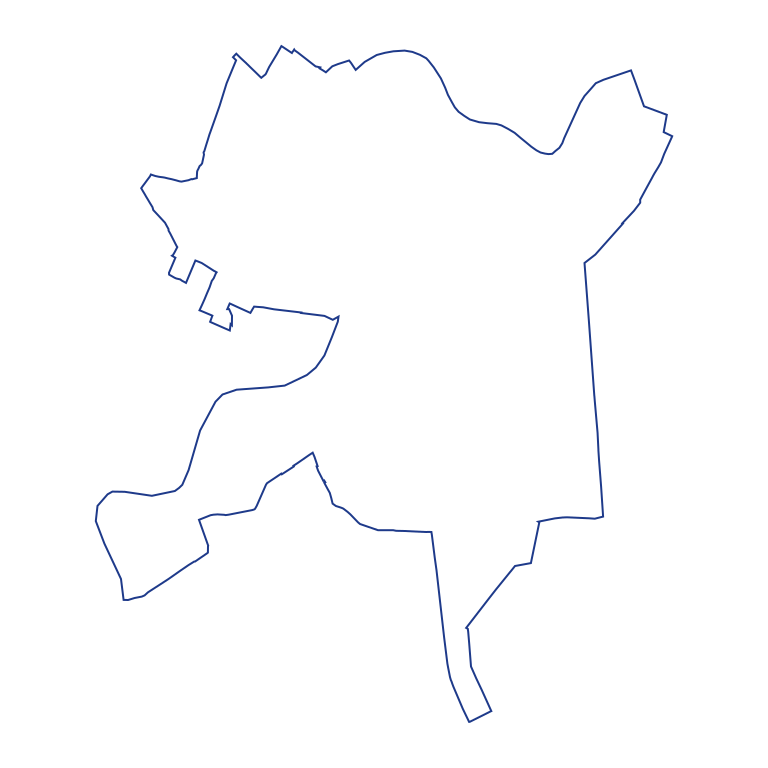 the district of Lubāna, Lubanas, Latvia
{"feature_id": "27541924B15535016955578", "entity_name": "Lubāna", "entity_type": "district", "adm_level": 2, "iso_a3": "LVA", "parent_name": "Latvia", "parent_adm1": "Lubanas", "projection": "albers", "projection_center": [26.715, 56.896], "detail": "fine", "context": "isolated", "style": "outline", "palette": "blue", "viewbox_px": 768, "rotation_deg": 0, "n_neighbors": 0, "source": "geoboundaries", "source_scale": "gbopen_adm2", "svg_char_len": 4659}
<svg xmlns="http://www.w3.org/2000/svg" viewBox="0 0 768 768"><path d="M123.6,599.9L128.1,600.0L134.6,598.0L141.8,596.6L144.6,595.4L148.0,592.3L168.2,579.2L180.9,570.3L188.5,565.1L194.3,561.5L195.1,561.5L207.5,553.0L207.9,552.6L208.0,546.2L208.2,545.7L199.0,519.8L210.6,515.2L213.4,514.7L217.5,514.4L224.2,514.8L225.6,515.1L228.6,514.7L252.1,510.1L253.8,509.6L254.6,509.2L255.1,508.7L256.7,505.9L266.0,484.7L267.0,483.2L281.3,473.6L281.8,474.3L293.8,466.5L293.4,465.8L297.4,463.2L309.2,455.0L312.7,452.7L314.5,456.9L317.6,466.1L316.6,466.4L318.1,470.7L323.3,480.8L324.1,480.4L325.3,482.3L324.3,482.8L327.8,489.3L329.8,492.9L331.3,498.2L332.6,503.6L335.9,506.0L338.1,506.7L340.3,507.4L341.7,507.9L343.1,508.5L344.1,509.2L345.0,509.9L346.3,510.9L347.6,511.9L350.4,514.4L358.0,522.3L360.0,524.0L367.8,526.7L378.0,530.2L385.5,530.2L393.2,530.2L396.1,530.8L405.0,531.0L415.1,531.5L426.2,532.0L429.1,531.9L431.4,532.0L431.9,535.1L434.8,558.1L436.5,570.2L444.1,637.2L447.4,663.7L448.2,668.0L450.0,677.1L450.9,680.2L451.5,681.4L452.2,683.5L453.4,686.7L462.8,708.8L469.1,721.9L469.8,721.8L490.8,711.3L491.3,711.1L481.7,689.9L476.2,678.3L471.0,666.5L469.2,643.5L468.2,631.8L467.8,628.8L466.2,627.9L489.0,598.4L496.1,589.3L510.3,571.8L510.6,571.5L515.0,566.0L530.9,563.1L539.3,522.4L538.3,521.7L554.8,518.4L562.5,517.5L567.0,517.3L589.1,518.3L594.8,518.7L603.1,516.6L601.1,486.5L599.1,461.0L598.4,450.4L598.4,449.4L597.6,433.5L597.6,433.2L594.8,401.3L594.4,396.3L594.3,395.6L588.8,319.8L584.5,263.0L595.3,254.6L622.9,223.6L622.3,223.3L634.0,210.8L640.2,202.7L640.2,199.6L646.1,188.7L652.0,177.9L653.2,175.6L654.5,173.3L658.2,167.3L661.0,162.4L664.2,153.9L671.8,137.2L672.2,136.2L663.7,132.1L663.8,131.4L666.8,114.8L644.0,106.3L634.5,79.8L631.0,70.4L603.4,79.8L595.8,83.2L591.0,88.7L584.5,96.0L580.2,103.0L564.2,138.1L562.3,143.2L559.4,147.8L555.4,151.0L552.3,153.8L548.5,154.1L545.0,153.6L540.5,152.5L536.4,150.3L531.3,146.7L526.0,142.3L520.6,137.9L514.6,132.8L507.9,128.8L501.4,125.4L496.3,123.9L487.5,123.2L479.1,122.2L469.9,119.5L464.3,115.9L458.6,111.8L454.8,107.3L451.8,102.0L447.9,94.8L445.2,87.8L440.9,78.4L433.8,67.4L428.6,60.8L426.3,58.3L419.9,54.8L412.4,51.9L404.6,50.6L393.4,51.3L385.0,52.8L376.7,55.0L364.7,61.9L355.7,69.9L353.4,66.5L351.1,63.0L349.1,60.5L337.9,64.1L335.1,65.2L332.3,66.3L325.9,72.3L322.8,70.3L319.6,68.4L320.0,67.9L320.3,67.4L315.6,66.4L301.1,55.1L297.9,52.6L294.9,50.5L294.5,50.0L294.2,49.5L293.6,50.4L293.0,51.3L292.4,52.1L291.9,53.0L291.4,52.7L282.4,46.7L281.4,46.1L276.8,54.3L269.2,66.9L267.5,70.4L265.9,73.8L265.6,74.1L265.4,74.5L264.1,75.5L262.9,76.5L262.1,77.1L261.3,77.8L260.9,77.5L260.6,77.2L255.4,72.1L250.1,67.0L248.2,65.1L246.2,63.2L246.0,62.9L245.7,62.7L243.0,60.2L240.2,57.6L238.7,56.1L237.2,54.6L236.8,54.2L236.3,53.7L234.6,55.4L233.0,57.2L236.1,60.3L232.9,68.0L226.6,83.3L219.6,105.8L215.5,117.5L210.1,132.7L209.5,134.3L207.7,140.2L207.6,140.5L206.4,144.3L204.3,151.2L203.6,152.3L203.7,153.2L204.0,154.6L202.9,159.8L202.1,163.4L200.9,165.0L199.9,165.8L199.6,166.1L198.3,169.0L197.9,169.7L197.4,170.7L197.1,171.8L196.9,175.7L196.8,178.1L196.0,178.3L192.1,179.3L191.7,179.1L190.8,179.3L188.5,180.2L183.5,181.2L181.6,181.6L179.9,181.4L178.7,181.1L176.3,180.4L171.7,179.2L167.9,178.4L164.7,177.6L162.9,177.3L160.4,177.0L158.5,176.7L155.3,176.0L152.9,175.2L152.0,174.9L150.9,174.5L150.0,176.3L148.9,177.8L148.0,179.0L147.1,180.2L146.0,181.7L144.9,183.2L143.0,185.7L141.2,188.2L143.0,191.3L144.8,194.3L146.1,196.6L147.5,198.9L150.0,203.1L152.5,207.2L153.3,210.1L156.4,213.4L161.4,218.8L165.0,222.7L168.5,229.1L168.5,229.9L168.6,230.7L170.1,233.3L175.5,243.9L176.7,246.2L177.3,247.1L174.6,252.3L173.0,255.0L172.0,255.7L173.8,256.8L175.4,257.7L169.0,272.8L169.1,274.6L174.5,277.7L176.3,278.5L180.2,279.4L182.1,280.8L184.0,281.8L186.0,282.9L195.4,260.5L198.5,261.7L201.7,263.0L214.0,270.9L214.7,271.2L216.6,272.3L215.9,273.3L213.7,278.3L211.8,280.9L210.7,284.1L209.6,287.3L207.0,293.3L205.8,296.2L204.6,299.1L202.1,304.7L199.5,310.3L201.1,310.9L210.6,314.9L211.8,315.4L212.4,315.7L212.1,316.4L210.7,320.3L210.1,321.8L210.6,322.1L224.7,328.3L229.8,330.5L230.6,324.1L231.9,325.3L232.0,315.7L229.1,309.1L227.3,309.1L229.7,303.5L230.5,303.8L237.4,307.0L250.4,312.9L252.7,308.9L254.1,306.6L257.6,306.9L263.2,307.3L274.0,309.3L301.3,312.5L301.1,313.0L324.5,315.9L332.8,319.8L338.5,316.6L337.8,321.7L331.9,337.1L324.4,355.5L315.8,367.6L306.9,375.0L284.7,385.6L268.2,387.4L236.6,389.7L222.5,394.5L215.5,401.7L200.1,430.5L188.6,470.1L182.3,484.8L179.1,487.9L174.9,491.0L151.9,495.8L124.7,491.8L112.4,491.6L107.6,494.3L97.5,505.9L97.0,510.3L95.8,521.1L104.4,543.6L121.0,579.0L123.6,599.9Z" fill="none" stroke="#1e3a8a" stroke-width="2"/></svg>